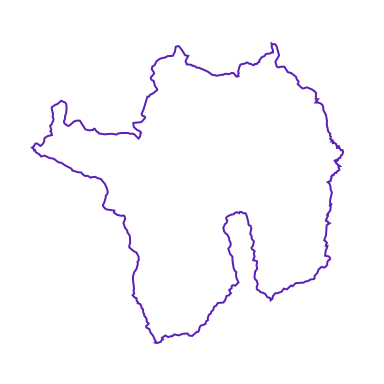 Nam Po, Điện Biên, Vietnam (Albers equal-area conic projection), rotated 354°
{"feature_id": "81297802B39086824409595", "entity_name": "Nam Po", "entity_type": "district", "adm_level": 2, "iso_a3": "VNM", "parent_name": "Vietnam", "parent_adm1": "Điện Biên", "projection": "albers", "projection_center": [102.839, 21.886], "detail": "fine", "context": "isolated", "style": "outline", "palette": "violet", "viewbox_px": 384, "rotation_deg": 354, "n_neighbors": 0, "source": "geoboundaries", "source_scale": "gbopen_adm2", "svg_char_len": 5980}
<svg xmlns="http://www.w3.org/2000/svg" viewBox="0 0 384 384"><g transform="rotate(354 192 192)"><path d="M321.8,102.4L317.1,99.9L313.5,100.7L312.2,100.1L308.4,95.7L309.4,94.0L309.5,92.9L308.1,91.2L307.4,88.2L303.1,84.1L299.8,82.8L297.0,77.1L293.6,76.7L290.8,77.1L289.4,76.1L288.5,71.3L292.9,65.3L291.3,55.7L290.2,53.8L287.8,53.5L286.7,52.7L286.5,56.9L287.4,59.5L287.1,61.7L285.7,61.5L284.3,62.4L279.9,62.5L278.4,64.3L275.2,65.4L272.7,68.2L272.6,69.6L270.9,70.3L270.3,71.3L267.7,71.3L267.1,72.2L266.3,72.3L263.3,70.5L262.4,70.5L260.7,69.1L259.6,69.0L258.4,69.7L253.5,70.3L251.9,73.2L250.5,77.2L250.9,78.8L249.9,80.6L250.4,81.6L249.0,82.0L248.1,81.7L245.8,78.2L243.8,77.7L242.3,78.4L239.9,78.6L239.0,78.0L236.8,78.0L235.3,78.8L233.6,78.4L230.4,78.9L228.3,78.9L227.5,78.3L224.6,77.8L220.4,74.0L214.0,70.3L211.5,69.0L210.0,68.9L207.2,66.7L205.5,66.6L204.9,65.5L200.1,64.5L200.1,63.3L199.3,62.2L199.6,60.5L202.5,56.3L199.5,55.3L197.1,50.3L194.3,45.7L193.7,45.4L191.0,45.9L189.7,50.7L187.1,54.6L182.0,54.3L179.8,55.3L174.3,56.0L170.4,58.2L168.1,61.9L165.5,63.3L164.8,65.7L166.5,68.8L166.7,70.2L163.2,73.6L162.9,74.8L163.6,76.3L165.6,77.8L166.2,82.5L168.0,85.8L168.0,87.0L163.2,90.0L160.3,91.0L159.4,92.6L157.6,92.5L152.4,104.9L150.1,109.0L150.4,110.6L153.0,112.2L153.1,113.4L149.4,116.8L148.2,117.2L140.9,117.2L140.8,120.8L141.1,121.5L143.6,124.3L146.7,126.3L147.6,127.6L146.7,128.6L146.4,131.0L144.5,133.3L140.2,128.2L138.5,127.7L136.6,127.7L134.5,126.6L128.2,126.0L124.9,126.0L123.0,127.0L118.2,125.7L111.0,125.5L105.5,124.0L104.7,122.6L103.5,121.9L101.9,119.0L101.0,118.8L100.0,120.0L96.0,119.9L94.0,119.2L92.4,118.4L87.9,109.3L85.2,109.0L82.3,109.4L77.2,113.0L75.9,113.4L73.4,111.7L72.0,109.7L72.2,107.9L73.5,105.6L73.7,103.2L75.0,100.6L76.0,95.9L76.1,91.4L75.1,89.7L71.5,87.6L67.5,90.4L65.1,91.0L61.4,93.1L61.2,95.2L61.9,99.1L61.8,101.1L61.2,102.5L61.9,104.7L61.6,106.3L59.2,110.4L57.8,111.3L58.6,115.4L57.5,116.8L58.3,117.6L58.7,120.7L54.4,121.3L51.6,122.6L50.7,123.6L50.3,126.1L49.3,127.9L46.6,130.2L46.1,130.3L43.1,127.6L41.3,127.5L39.5,130.0L37.5,131.2L39.0,132.4L39.2,134.1L40.3,134.0L40.9,136.2L44.0,138.5L45.5,140.8L49.5,140.5L53.1,142.9L58.1,144.6L62.3,148.5L65.4,149.4L68.4,152.2L73.6,155.5L74.7,156.5L75.3,158.2L80.7,160.4L83.8,161.0L85.3,163.1L87.6,165.0L89.9,165.0L92.8,167.2L94.6,166.7L97.6,166.9L99.4,168.3L102.8,169.6L106.1,174.7L107.2,177.7L108.1,181.7L108.1,183.8L107.1,185.7L105.9,186.6L105.5,188.8L103.5,193.6L102.2,195.3L102.0,196.5L103.5,199.0L104.9,200.3L112.8,202.4L112.2,204.3L115.2,206.9L119.2,208.3L121.4,208.2L122.5,209.2L122.6,212.2L120.6,215.6L121.6,220.6L123.5,223.4L123.6,225.6L125.1,227.9L125.6,230.0L125.2,236.0L123.9,239.2L123.9,240.6L128.0,244.9L130.4,246.3L132.1,250.7L131.9,254.2L130.4,256.0L130.7,257.7L128.8,262.6L126.0,265.9L124.5,269.9L124.1,272.2L124.3,282.4L123.5,283.8L123.9,286.9L122.1,288.4L123.9,290.9L125.6,291.6L125.6,294.4L126.8,295.8L126.4,297.0L128.7,297.9L129.5,299.8L129.8,302.2L130.8,303.1L131.0,307.0L131.7,308.3L131.4,309.5L133.5,313.2L133.5,316.2L135.2,318.5L132.4,320.6L132.4,322.0L135.2,323.8L136.0,327.3L138.4,331.1L139.3,334.6L140.4,336.6L139.3,337.8L141.4,338.6L145.4,337.7L146.3,336.0L147.8,335.6L146.9,333.9L150.5,331.9L153.1,333.8L155.9,333.2L157.3,333.5L158.9,332.0L159.8,331.9L163.7,333.2L168.6,332.0L172.8,332.3L174.1,334.5L177.1,335.2L182.2,331.5L183.3,331.9L184.3,330.7L185.6,327.1L186.8,325.8L191.5,324.8L192.6,322.0L194.5,321.1L194.5,319.2L195.8,316.0L198.0,314.8L198.6,313.2L201.0,311.2L201.9,308.5L204.2,307.6L206.0,305.1L211.7,305.2L213.6,303.1L215.6,298.9L218.2,298.6L219.0,297.4L220.1,296.9L218.7,293.4L221.4,291.8L221.5,290.1L222.1,289.3L223.1,289.0L225.2,289.7L228.8,286.8L227.2,282.1L227.2,277.8L227.8,276.4L226.1,274.5L225.4,271.4L225.1,263.6L225.5,260.6L223.3,257.5L222.2,252.0L224.4,250.0L225.2,247.3L224.0,243.4L224.0,241.4L222.7,238.2L221.1,236.6L219.8,234.5L219.4,230.7L221.6,227.3L223.0,226.4L223.9,224.9L224.1,223.9L223.2,222.3L223.4,221.0L225.3,219.7L228.9,218.6L231.2,218.5L232.3,217.3L234.7,216.8L236.8,218.0L237.7,216.8L239.1,217.1L241.0,218.5L242.9,218.7L243.5,219.4L244.8,227.0L244.8,230.2L245.2,231.0L246.6,231.6L247.2,234.3L245.5,239.8L246.6,241.5L246.5,244.6L248.4,247.7L247.0,251.8L245.3,253.8L245.6,255.0L248.1,257.3L247.0,259.9L247.5,262.6L245.7,266.1L249.1,267.4L249.5,268.4L248.5,271.5L248.8,275.1L246.4,277.8L245.3,283.0L245.3,284.6L247.1,287.2L247.8,290.5L246.5,292.7L246.3,295.2L247.0,296.3L248.5,297.0L249.7,298.8L252.8,300.0L254.4,301.3L255.9,304.4L258.7,305.6L258.9,307.9L261.0,306.3L261.6,304.0L264.0,301.5L266.5,301.5L270.6,300.5L273.3,297.7L276.3,298.7L280.6,295.4L282.2,296.2L285.6,293.5L293.4,293.8L295.6,292.8L298.1,292.7L300.6,291.4L304.2,291.3L305.0,290.3L305.1,288.3L308.1,285.7L309.9,282.1L313.0,280.0L315.6,281.0L317.1,280.3L318.9,278.5L319.0,276.8L319.9,274.7L322.4,273.2L322.0,271.3L321.0,270.2L317.7,269.3L318.8,264.4L320.6,261.3L320.3,260.8L321.0,259.7L319.5,259.5L320.2,257.5L320.9,256.8L320.3,255.6L318.4,253.9L320.8,248.9L322.4,239.2L325.6,237.5L324.2,236.7L324.0,235.7L322.3,234.8L322.2,234.1L324.6,230.2L324.2,229.5L324.8,229.4L324.9,228.8L324.3,228.6L324.4,228.1L327.3,225.2L328.4,221.7L327.7,220.1L328.3,219.9L328.2,219.2L328.9,219.4L329.3,218.9L328.4,217.4L328.3,215.2L331.1,207.1L330.0,203.5L330.4,202.1L329.7,198.2L328.0,196.4L331.2,195.4L331.4,193.8L332.4,192.2L332.1,191.2L333.5,189.7L334.5,190.1L336.0,188.1L337.5,188.1L337.9,187.1L340.9,185.4L340.3,181.7L341.7,181.7L338.5,178.5L337.2,175.7L338.8,175.2L339.3,176.4L340.5,175.6L340.9,174.0L342.9,173.7L343.9,171.4L345.1,170.8L346.5,168.2L346.1,166.1L344.5,166.1L343.0,162.9L341.6,163.6L340.8,163.3L341.1,162.2L342.1,161.7L340.6,161.2L340.5,159.6L339.0,158.2L337.3,158.1L337.8,156.5L336.0,156.3L336.9,155.1L335.0,153.8L335.9,151.8L335.1,150.5L335.7,148.8L333.8,146.1L333.1,139.2L333.7,135.3L333.3,129.4L331.2,124.3L331.4,121.1L330.5,118.6L329.3,117.5L326.8,116.2L324.2,115.9L326.9,112.9L324.8,112.7L325.7,106.5L324.1,104.3L321.8,102.4Z" fill="none" stroke="#5b21b6" stroke-width="2"/></g></svg>